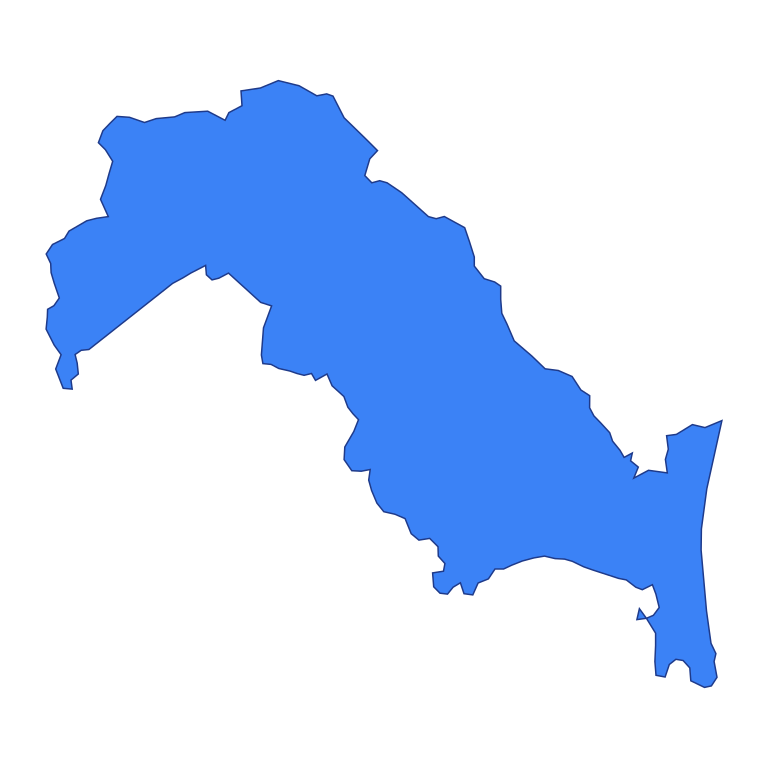 Turuçu, Rio Grande do Sul, Brazil (Natural Earth projection)
{"feature_id": "56859067B67452973684728", "entity_name": "Turuçu", "entity_type": "district", "adm_level": 2, "iso_a3": "BRA", "parent_name": "Brazil", "parent_adm1": "Rio Grande do Sul", "projection": "natural_earth1", "projection_center": [-52.15, -31.488], "detail": "fine", "context": "isolated", "style": "filled", "palette": "blue", "viewbox_px": 768, "rotation_deg": 0, "n_neighbors": 0, "source": "geoboundaries", "source_scale": "gbopen_adm2", "svg_char_len": 2500}
<svg xmlns="http://www.w3.org/2000/svg" viewBox="0 0 768 768"><path d="M646.4,618.3L655.6,633.2L655.6,645.5L654.9,661.5L656.0,675.3L665.1,677.0L669.3,664.5L675.9,659.3L683.1,660.5L689.8,667.9L690.8,680.8L704.5,687.4L711.4,685.9L717.0,677.3L714.1,661.5L715.9,653.6L711.0,643.3L706.5,610.9L701.1,550.0L701.4,529.0L706.8,488.8L721.9,420.6L705.0,427.6L692.4,424.6L676.4,434.4L666.6,435.7L668.3,449.2L665.4,459.4L667.3,472.9L648.5,470.3L633.8,478.1L638.3,467.1L630.6,460.8L632.3,453.0L624.1,457.4L620.0,450.3L612.6,441.2L609.7,432.7L600.6,422.8L593.9,415.9L589.6,407.8L589.7,395.7L580.9,390.0L572.1,376.5L558.3,370.5L545.1,368.8L531.8,356.0L514.2,340.9L507.0,324.1L501.8,313.3L500.7,299.4L500.7,286.1L494.7,282.0L484.2,278.7L474.3,266.1L474.3,257.0L469.4,241.5L464.7,227.7L444.3,216.5L436.2,218.7L428.4,216.6L401.8,192.8L387.1,182.8L379.7,180.7L371.8,182.8L364.8,175.6L369.8,158.8L377.5,150.6L367.0,140.1L344.1,117.8L333.0,96.1L326.7,93.9L316.8,95.8L299.2,85.8L278.3,80.6L260.4,88.0L241.0,90.9L242.0,105.7L228.9,112.6L225.1,120.3L207.7,111.2L184.8,112.6L174.6,116.9L156.2,118.6L144.5,122.5L129.5,117.3L117.0,116.4L110.0,123.3L102.9,130.7L98.4,142.7L105.4,149.7L112.7,161.3L109.0,173.8L105.8,185.5L100.5,199.3L108.3,216.6L96.5,218.3L86.7,220.8L69.0,231.1L64.5,238.5L52.5,244.5L46.2,254.0L50.7,263.5L51.1,272.6L54.3,283.4L59.3,298.0L53.9,305.7L47.6,309.3L47.3,317.2L46.1,329.1L54.2,345.1L61.1,354.7L55.7,369.0L63.2,388.3L72.2,389.1L71.0,380.1L78.3,374.0L77.2,363.2L75.1,354.5L81.2,350.3L88.9,349.5L172.6,283.4L183.0,277.8L190.9,273.0L205.6,265.4L206.4,274.8L212.0,279.9L218.8,278.2L228.5,273.1L260.7,302.4L271.6,305.9L263.5,327.8L261.4,355.0L262.9,363.6L271.1,364.4L278.8,368.5L289.8,371.0L297.0,373.5L304.1,375.3L311.5,373.5L315.5,380.4L327.0,374.0L332.1,385.8L343.9,396.5L347.9,407.3L352.9,413.7L358.5,419.7L353.8,431.5L344.8,447.0L344.1,459.6L351.8,470.7L361.3,471.2L370.2,469.5L368.7,480.1L371.6,490.5L376.9,503.1L383.8,511.7L394.8,514.2L405.1,518.6L411.2,533.7L418.9,540.1L429.7,538.4L438.0,546.7L438.3,556.1L444.9,563.5L443.5,571.2L432.6,572.9L433.7,586.8L440.0,593.2L447.5,594.1L453.1,587.2L460.4,582.8L464.0,593.7L472.8,594.9L478.1,583.0L488.4,578.9L495.0,569.0L503.6,569.0L511.7,565.2L522.3,561.0L533.9,557.9L544.5,556.1L555.1,558.6L564.6,559.1L572.3,561.3L583.7,566.8L592.8,570.0L618.6,578.4L626.3,579.9L635.8,587.2L642.3,589.7L652.4,584.7L655.9,594.1L659.2,607.5L653.4,615.3L646.4,618.3ZM646.4,618.3L639.4,608.7L636.9,619.6L646.4,618.3Z" fill="#3b82f6" stroke="#1e3a8a" stroke-width="1.5"/></svg>